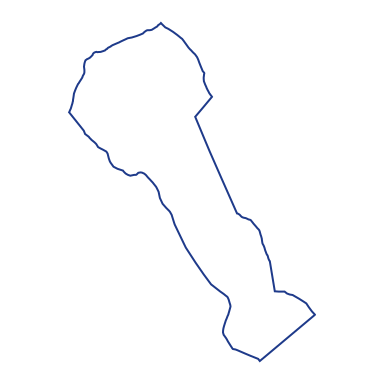 Anse Galet, Anse-la-Raye, Saint Lucia
{"feature_id": "8701671B94073395823663", "entity_name": "Anse Galet", "entity_type": "district", "adm_level": 2, "iso_a3": "LCA", "parent_name": "Saint Lucia", "parent_adm1": "Anse-la-Raye", "projection": "equal_earth", "projection_center": [-61.043, 13.932], "detail": "fine", "context": "isolated", "style": "outline", "palette": "blue", "viewbox_px": 384, "rotation_deg": 0, "n_neighbors": 0, "source": "geoboundaries", "source_scale": "gbopen_adm2", "svg_char_len": 4501}
<svg xmlns="http://www.w3.org/2000/svg" viewBox="0 0 384 384"><path d="M314.8,314.9L314.9,314.6L312.0,311.5L308.9,307.3L306.3,303.4L303.9,301.8L299.0,298.7L292.6,295.0L289.7,294.5L287.0,293.5L284.6,291.6L278.8,291.6L274.8,291.3L269.8,261.1L269.3,260.6L269.2,260.3L269.1,260.1L268.9,259.6L268.5,258.8L268.1,257.4L267.9,256.6L267.8,256.1L267.5,255.5L267.3,255.0L266.9,254.7L266.6,254.0L266.3,253.3L266.2,253.0L265.9,252.1L265.7,251.7L265.4,250.9L265.0,249.7L264.8,248.9L264.4,247.5L264.2,247.0L263.6,245.5L262.9,244.3L262.5,243.5L262.4,243.0L262.2,241.8L262.1,241.3L262.1,241.0L261.9,239.8L261.8,238.7L261.5,237.6L261.4,237.2L261.1,236.1L260.6,234.8L260.3,233.7L260.2,233.3L260.0,232.6L259.7,231.4L259.2,230.2L258.7,229.5L258.3,229.1L257.9,228.7L257.3,228.1L256.0,226.5L253.2,223.3L252.9,222.8L251.9,221.6L251.6,221.2L251.2,220.7L250.8,220.2L250.2,219.9L249.8,219.7L249.2,219.6L248.7,219.5L248.2,219.3L247.7,219.0L245.7,218.1L245.1,218.0L244.1,217.8L243.3,217.6L242.3,217.2L241.6,216.8L240.6,215.8L240.2,215.3L239.4,214.5L239.2,214.4L238.8,214.2L238.2,213.8L237.7,213.6L237.4,213.4L237.0,213.4L221.7,178.8L209.8,151.7L205.8,142.2L195.2,116.8L201.9,108.9L212.0,96.8L211.9,96.6L211.6,96.3L211.2,95.7L210.3,94.6L209.8,93.8L209.5,93.5L209.2,93.0L208.4,91.4L207.4,89.6L207.1,88.9L206.8,88.4L206.2,86.8L205.1,84.4L204.2,82.0L204.0,81.6L203.9,81.3L203.9,81.0L203.8,80.2L203.7,78.7L203.7,77.9L203.7,77.4L203.8,76.5L203.9,76.1L204.0,74.7L204.1,74.2L204.3,73.5L204.2,72.9L204.1,72.7L203.6,72.1L203.2,71.7L202.7,71.1L201.7,68.6L201.3,67.7L199.3,62.7L198.2,59.6L197.1,57.2L195.1,54.4L194.8,54.1L192.9,52.3L190.9,50.1L190.2,49.5L189.3,48.5L188.5,47.6L185.5,43.4L184.9,42.6L184.0,41.3L182.1,38.8L181.9,38.7L181.5,38.4L180.2,37.4L179.2,36.5L179.0,36.4L177.9,35.5L177.7,35.3L173.1,31.9L168.7,29.1L168.0,28.7L165.3,27.4L162.2,24.4L161.6,23.8L161.4,23.6L161.3,23.4L160.9,23.0L160.2,23.8L158.0,25.3L157.3,26.4L155.1,27.7L153.9,28.5L152.9,29.1L151.8,29.8L151.4,29.9L149.8,30.2L148.6,30.2L148.4,30.2L147.6,30.2L146.5,30.5L146.1,30.8L145.2,31.4L144.6,31.9L144.4,32.0L143.1,33.3L142.9,33.5L140.1,34.7L137.2,35.8L136.7,36.0L131.8,37.5L128.5,38.1L127.6,38.3L127.4,38.4L126.2,39.0L122.5,40.7L120.4,41.7L118.7,42.6L118.1,42.8L112.5,45.2L110.9,46.2L110.8,46.4L109.1,47.3L108.5,47.5L107.7,48.1L107.5,48.3L107.2,48.8L106.8,49.0L106.2,49.3L105.4,50.0L105.2,50.3L103.5,51.0L102.2,51.4L101.0,51.8L100.6,51.9L99.3,52.0L98.8,52.0L98.0,52.1L97.1,52.1L96.6,51.9L96.2,51.9L95.8,52.0L94.4,52.5L93.4,53.3L93.0,53.9L92.7,54.5L92.6,55.0L92.2,55.4L91.2,56.5L90.4,57.2L90.1,57.5L89.8,57.8L89.5,57.9L88.6,58.5L87.4,59.0L87.1,59.1L86.6,59.5L85.9,60.0L85.5,60.3L85.1,61.3L84.8,62.2L84.5,63.3L84.3,64.3L84.2,65.3L84.0,66.5L84.0,66.8L84.1,67.5L84.4,69.9L84.4,70.9L84.4,72.3L84.2,73.2L84.1,73.7L83.5,74.7L82.7,76.2L82.3,77.5L82.0,78.0L80.8,79.9L79.8,81.4L79.2,82.4L78.6,83.4L78.1,83.9L77.7,84.7L76.2,87.8L75.3,90.0L75.1,90.5L74.5,92.1L74.2,93.0L74.0,93.4L73.7,95.6L73.6,96.3L73.3,98.3L73.0,100.0L73.0,100.7L72.9,101.4L72.6,102.2L72.5,103.0L72.3,103.7L71.8,105.2L71.2,107.3L70.7,108.9L70.5,109.2L70.2,109.8L70.0,110.3L69.4,111.8L69.1,112.3L83.8,130.7L85.1,134.0L88.8,136.8L89.6,137.9L91.2,139.5L91.3,139.7L94.6,142.4L96.2,144.0L98.1,147.1L100.6,148.5L102.8,149.6L106.2,151.5L106.7,152.1L107.6,153.6L108.8,158.4L108.9,158.7L109.9,161.5L110.2,162.0L110.8,163.0L113.5,166.7L117.5,168.8L123.0,170.6L123.7,171.6L125.6,173.5L126.9,174.3L128.0,174.9L130.3,175.7L134.1,174.9L135.4,174.9L136.4,174.7L136.9,174.2L137.3,173.8L138.3,172.8L140.5,172.4L141.0,172.5L141.7,172.5L144.2,173.6L145.9,175.0L147.9,177.4L150.5,180.1L150.8,180.5L151.0,180.7L152.8,182.6L153.7,183.8L156.1,186.8L156.8,188.1L158.6,191.8L159.9,198.0L162.6,203.8L166.3,208.0L169.1,210.8L170.0,211.9L171.1,213.9L171.6,214.7L174.0,222.4L174.7,224.5L184.1,244.1L185.8,247.6L195.6,262.7L203.7,274.4L211.1,284.4L212.8,285.7L215.6,287.9L220.2,291.5L222.5,293.1L224.0,294.2L225.7,295.6L226.8,296.4L227.6,297.2L228.2,298.5L228.7,299.7L229.2,301.4L229.5,302.5L230.3,305.0L230.3,305.3L230.4,305.7L230.5,306.2L230.4,307.0L229.9,308.8L229.1,311.7L228.5,313.7L228.3,314.6L227.6,316.0L226.5,318.9L225.9,320.2L225.5,321.4L225.2,322.4L224.7,323.9L224.5,324.6L224.1,325.8L223.4,328.5L223.1,330.4L223.0,332.5L223.7,334.9L224.1,335.4L224.9,336.5L226.1,338.2L226.9,339.5L227.9,341.4L229.1,343.3L230.6,345.7L231.8,347.5L232.2,348.2L232.6,348.7L232.9,349.0L235.6,349.5L235.8,349.6L237.6,350.3L245.0,353.5L250.7,355.9L258.2,358.9L259.8,361.0L265.7,356.1L314.8,314.9Z" fill="none" stroke="#1e3a8a" stroke-width="2"/></svg>